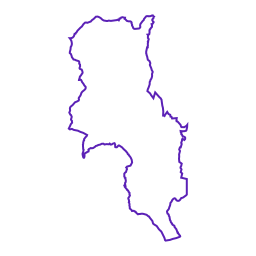 the district of Distracción, La Guajira, Colombia
{"feature_id": "7082276B35872323079688", "entity_name": "Distracción", "entity_type": "district", "adm_level": 2, "iso_a3": "COL", "parent_name": "Colombia", "parent_adm1": "La Guajira", "projection": "natural_earth1", "projection_center": [-72.95, 10.911], "detail": "fine", "context": "isolated", "style": "outline", "palette": "violet", "viewbox_px": 256, "rotation_deg": 0, "n_neighbors": 0, "source": "geoboundaries", "source_scale": "gbopen_adm2", "svg_char_len": 5777}
<svg xmlns="http://www.w3.org/2000/svg" viewBox="0 0 256 256"><path d="M152.8,15.4L151.9,15.5L150.7,16.1L148.6,16.3L148.2,16.1L146.9,16.1L146.1,16.4L144.0,19.0L143.7,20.1L142.6,21.1L140.5,23.9L140.1,25.2L140.3,27.1L139.9,27.8L139.1,28.5L134.9,28.9L134.1,28.8L133.2,28.0L132.8,26.8L132.0,25.4L132.1,24.6L131.5,23.4L131.6,22.4L131.0,21.7L130.1,21.3L128.4,21.3L126.9,20.9L125.2,19.1L124.7,18.9L125.0,17.7L123.8,17.6L122.7,17.2L121.2,17.5L120.5,18.5L119.7,18.4L119.3,18.6L119.2,19.6L118.8,20.4L117.5,19.7L116.7,20.1L110.9,20.9L108.8,20.6L107.4,21.0L106.7,21.0L103.8,20.5L102.4,19.7L100.6,18.0L98.8,17.0L97.7,16.6L95.9,16.7L93.7,18.9L91.9,20.2L90.8,21.5L87.3,22.8L86.1,22.5L85.1,22.6L83.4,24.2L81.9,26.5L80.5,27.6L77.4,30.8L76.5,32.4L75.9,32.8L75.5,33.7L74.6,33.8L74.1,35.7L73.6,36.6L72.5,37.7L70.9,38.2L69.7,38.2L70.4,39.1L71.3,40.7L71.7,42.2L71.9,44.0L71.5,45.7L70.7,47.1L70.5,49.4L69.8,52.1L69.8,53.1L70.9,54.0L71.6,55.9L71.9,57.2L72.9,58.5L73.5,59.5L74.9,59.7L76.0,60.3L78.3,61.0L78.8,61.2L79.2,61.8L79.3,62.2L79.2,63.7L80.0,64.5L80.1,66.4L79.6,67.7L79.6,68.5L79.9,68.9L81.7,69.6L82.3,71.1L82.6,72.5L82.3,73.5L81.6,74.2L81.1,75.2L79.9,76.6L79.5,78.5L79.1,79.3L79.0,80.0L79.4,80.0L80.3,79.6L81.0,79.9L81.5,80.7L82.1,82.1L83.5,83.9L84.3,85.4L85.6,86.8L85.7,87.8L85.5,88.7L85.2,89.1L84.5,89.9L82.4,91.6L81.5,92.7L80.5,95.5L78.9,97.7L78.7,98.3L79.0,99.4L78.7,100.5L77.4,101.3L75.0,102.3L72.6,105.1L70.6,106.7L70.1,107.6L69.9,108.4L70.1,110.6L69.3,112.6L70.4,114.7L70.9,114.9L71.7,116.6L71.6,117.5L71.0,119.3L71.1,119.8L72.0,121.0L71.9,121.9L72.1,122.7L70.8,124.2L70.2,125.7L68.8,128.6L69.9,129.4L71.9,128.9L73.8,129.9L77.9,130.7L80.4,131.9L83.1,132.8L87.1,135.0L86.6,136.2L85.6,137.1L84.1,139.1L84.1,140.4L83.7,140.6L83.2,142.5L83.2,143.9L82.9,144.5L83.0,145.1L83.0,146.7L83.2,148.2L83.1,149.0L83.6,149.7L83.1,152.3L82.6,153.4L82.6,154.6L83.2,157.1L83.5,157.6L83.9,157.8L84.2,157.5L84.5,156.3L84.5,154.0L84.9,153.4L85.6,152.8L86.5,152.6L87.1,152.0L88.5,151.5L88.7,150.4L88.4,149.8L88.9,149.1L90.9,148.0L91.8,148.3L93.2,148.0L95.0,146.8L95.8,146.0L97.5,145.5L98.2,145.0L100.2,144.6L101.7,143.8L103.4,143.7L103.8,143.9L104.4,144.5L106.6,144.1L109.0,144.3L109.7,143.6L110.8,144.6L111.8,144.4L113.2,143.5L114.5,143.2L115.2,144.6L115.1,145.8L115.3,147.1L116.1,147.3L116.9,147.2L118.3,145.7L118.9,145.4L119.4,145.6L122.1,147.4L123.6,149.1L124.4,149.7L124.6,150.1L125.6,150.8L126.1,151.5L127.3,152.8L127.7,153.9L128.0,154.3L128.6,154.5L129.1,155.6L129.9,156.4L130.8,157.8L131.7,159.8L132.1,162.5L130.5,165.6L127.0,166.6L126.2,167.5L126.7,168.1L127.0,169.2L126.6,169.9L126.0,172.0L125.1,172.6L124.3,173.7L124.3,176.5L124.7,177.0L124.8,177.8L125.5,178.1L125.4,178.8L125.8,180.4L125.7,182.0L125.0,183.1L125.2,184.3L124.3,185.4L124.5,185.7L124.7,186.5L125.2,186.3L125.2,185.8L125.4,185.7L125.6,186.3L125.4,187.4L125.8,188.2L126.8,189.2L127.0,189.8L127.3,189.8L127.9,190.4L128.3,190.9L128.4,191.6L128.9,192.0L129.1,192.5L129.6,193.0L129.4,194.1L129.6,194.8L129.9,195.2L129.9,195.5L129.2,196.8L128.3,198.1L128.4,198.9L128.9,200.0L129.0,201.1L129.2,201.6L128.8,202.3L129.3,203.2L129.5,204.3L129.4,205.7L129.7,206.4L129.8,208.5L131.6,210.1L132.0,211.0L133.8,210.8L134.7,211.4L135.2,211.5L135.5,211.7L135.6,212.2L136.1,212.4L136.6,213.2L138.0,214.3L138.6,214.0L140.2,214.0L140.9,213.8L142.1,213.7L143.5,213.9L146.6,214.8L148.1,216.1L149.2,216.6L149.3,217.1L152.4,221.0L153.0,223.3L153.3,223.8L154.4,224.6L156.7,226.0L158.8,229.1L160.1,230.5L160.6,230.8L161.5,231.9L164.4,237.8L165.1,240.2L165.6,240.6L170.0,239.9L172.8,238.9L176.2,238.1L179.8,236.8L180.2,236.4L180.1,236.0L179.7,236.0L179.4,234.8L178.1,233.4L178.0,232.6L177.8,232.3L177.5,232.5L176.3,229.1L175.7,228.6L175.1,227.5L174.6,227.1L174.3,225.7L172.6,224.8L172.2,223.8L171.8,223.7L171.6,222.9L170.9,222.2L170.5,220.7L169.9,219.9L169.9,219.1L169.6,218.1L169.6,217.2L169.3,216.4L168.8,215.8L168.8,215.0L168.4,214.2L167.5,213.6L167.0,211.7L167.3,210.8L168.6,209.3L168.9,208.7L169.5,206.7L170.0,205.7L170.3,204.2L170.4,203.0L171.7,201.4L172.0,200.4L173.4,198.8L174.5,198.3L175.4,198.6L176.0,199.7L176.8,200.5L178.0,200.9L179.0,200.7L179.9,200.0L181.3,198.0L182.5,197.8L183.4,197.3L186.3,195.2L186.8,194.5L186.8,179.0L181.2,177.7L182.2,173.5L180.7,172.1L181.5,169.3L180.5,167.9L180.6,167.0L181.2,166.0L181.7,163.6L179.3,161.9L179.0,158.6L179.2,156.8L179.1,154.3L180.0,151.0L179.2,149.5L179.9,147.4L180.7,147.4L181.7,144.0L181.2,142.9L182.0,140.6L182.1,139.4L182.5,138.7L184.3,140.0L185.1,139.1L185.2,138.3L185.1,137.4L183.6,136.5L182.6,136.2L182.0,134.8L181.4,134.4L181.2,133.9L181.5,133.0L181.3,132.6L180.8,132.3L180.6,131.0L181.9,131.2L184.2,131.2L186.0,130.8L186.4,130.3L187.1,127.2L187.2,124.9L186.5,125.8L184.2,127.2L181.5,127.1L181.1,126.7L180.5,124.8L178.0,122.0L177.3,121.4L176.6,121.3L176.4,120.7L176.7,118.1L172.1,118.5L171.5,116.8L170.5,116.6L170.2,114.8L168.5,114.0L167.2,111.9L164.7,115.4L164.6,115.1L164.5,115.8L163.1,115.6L163.3,111.5L162.9,107.8L162.3,105.5L161.5,99.7L160.6,98.2L159.6,97.4L155.2,92.4L153.4,98.2L151.0,95.0L150.1,93.4L147.4,91.1L147.8,89.3L148.6,87.5L149.6,84.6L149.7,83.9L149.7,82.0L150.3,80.9L150.5,79.9L151.4,78.6L152.0,76.7L152.1,75.6L152.0,74.0L152.7,72.0L152.6,71.5L151.8,70.2L151.2,68.1L149.9,65.1L149.9,64.4L150.2,64.0L150.3,63.1L149.5,61.1L147.8,59.7L147.1,56.3L146.7,55.4L146.4,53.8L146.2,53.5L146.2,51.6L147.0,47.8L147.7,47.5L147.4,46.6L147.9,46.0L147.8,43.5L148.1,42.2L147.8,41.8L148.2,41.2L148.2,40.4L148.5,40.0L148.7,39.4L148.5,38.6L147.9,38.0L147.9,36.7L148.1,35.7L148.0,35.2L147.6,34.6L149.0,34.4L149.3,34.1L149.6,31.9L149.4,31.0L149.7,29.6L150.2,29.4L150.3,28.8L152.0,26.8L151.9,26.0L152.0,25.5L151.6,24.1L152.5,23.9L153.6,22.3L153.5,21.8L153.0,21.6L152.2,20.0L152.6,19.0L153.1,18.7L153.4,18.3L153.5,17.3L154.0,16.6L153.3,16.2L152.8,15.4Z" fill="none" stroke="#5b21b6" stroke-width="2"/></svg>